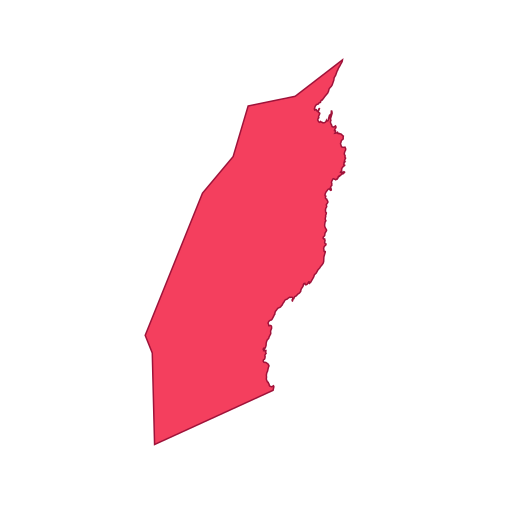 Sveitarfélagið Vogar, Suðurnes, Iceland, rotated 117°
{"feature_id": "244011B53257850023541", "entity_name": "Sveitarfélagið Vogar", "entity_type": "district", "adm_level": 2, "iso_a3": "ISL", "parent_name": "Iceland", "parent_adm1": "Suðurnes", "projection": "natural_earth1", "projection_center": [-22.291, 63.982], "detail": "fine", "context": "isolated", "style": "filled", "palette": "rose", "viewbox_px": 512, "rotation_deg": 117, "n_neighbors": 0, "source": "geoboundaries", "source_scale": "gbopen_adm2", "svg_char_len": 5964}
<svg xmlns="http://www.w3.org/2000/svg" viewBox="0 0 512 512"><g transform="rotate(117 256 256)"><path d="M367.9,179.8L364.5,180.7L364.0,181.0L363.7,181.6L365.1,182.3L365.4,182.6L365.6,184.2L365.7,184.6L365.5,185.1L364.7,185.9L364.3,186.1L363.7,187.2L363.0,187.7L363.1,188.3L363.0,188.7L361.4,190.6L360.8,191.0L359.2,191.6L357.4,192.7L355.1,193.4L353.5,193.4L349.6,194.4L348.1,194.5L347.8,194.7L347.7,195.2L347.4,195.5L347.2,195.5L346.6,196.7L346.6,197.8L346.4,198.6L346.4,198.9L346.6,199.4L346.6,199.8L347.0,200.2L347.1,200.8L346.9,201.0L346.7,201.6L346.3,201.9L345.2,202.2L344.7,202.1L344.1,201.6L343.5,201.6L341.6,202.1L341.1,202.7L340.5,202.9L339.6,203.1L338.1,202.8L337.6,203.6L336.9,204.0L336.0,204.0L335.8,204.2L336.3,204.5L336.0,204.9L336.5,205.2L336.6,205.7L336.8,206.1L335.8,206.2L335.4,206.3L335.4,206.6L335.9,206.7L336.1,206.9L336.1,207.1L335.1,207.4L334.7,207.3L334.3,207.0L334.2,206.4L334.0,206.1L332.9,206.1L330.9,206.5L329.2,207.3L327.7,207.7L325.8,207.9L324.8,207.6L323.6,207.3L322.1,207.6L318.6,207.6L318.1,207.8L316.5,208.8L315.9,209.0L313.2,209.3L311.7,210.2L311.3,210.8L311.3,211.6L311.7,212.1L312.1,212.4L312.3,213.0L311.2,213.7L310.5,214.7L309.7,214.9L308.6,214.9L307.5,214.6L306.4,213.8L306.1,213.3L305.3,213.0L301.9,212.9L299.9,213.0L299.2,212.8L298.6,213.2L297.0,213.5L296.2,213.5L295.0,213.2L294.0,213.1L292.4,212.7L290.8,211.3L289.9,210.9L289.0,210.8L287.7,210.4L286.0,210.5L284.4,210.2L282.7,210.2L281.8,210.0L281.3,209.7L280.5,208.8L278.8,208.1L277.9,207.6L277.4,207.2L277.3,206.6L276.8,206.0L276.4,204.9L276.4,204.7L276.6,204.4L277.4,203.8L277.6,203.6L277.6,203.4L277.0,203.0L274.7,203.1L273.2,202.0L271.1,201.5L269.3,200.5L267.3,200.1L265.8,200.6L264.5,200.7L262.0,200.4L261.3,200.4L259.7,200.9L259.0,200.8L258.6,200.6L258.2,200.0L259.0,199.4L259.1,199.1L259.1,198.5L258.1,197.7L257.5,197.5L255.0,197.2L254.9,196.8L255.1,196.6L256.1,196.4L256.2,196.0L255.3,195.8L255.1,195.7L254.9,195.4L249.3,195.1L248.1,195.1L246.8,195.4L246.1,195.4L243.9,194.6L240.2,194.5L237.7,193.8L236.2,193.7L233.7,193.1L231.8,192.9L230.2,193.2L226.0,195.1L220.9,196.1L220.6,196.3L221.0,197.1L220.6,197.8L220.0,198.0L218.7,199.1L216.9,199.5L215.8,199.3L214.7,198.8L213.6,199.0L213.7,199.4L213.6,200.0L212.8,201.0L210.9,201.5L210.5,202.0L209.7,202.4L209.6,202.6L210.1,203.5L209.7,204.2L209.2,204.5L208.3,204.6L207.2,204.2L206.8,204.1L206.2,204.2L205.3,204.6L204.2,204.9L201.8,204.7L201.0,204.8L200.3,205.5L200.0,206.3L198.7,207.9L198.0,208.5L197.2,208.9L195.6,209.5L194.1,209.9L193.1,209.7L192.9,209.7L191.8,211.0L190.9,211.4L188.9,211.9L188.5,212.3L188.2,212.4L186.4,212.6L185.9,212.8L185.6,212.9L185.5,213.2L185.5,213.6L185.4,213.8L183.5,215.0L181.8,215.5L180.0,215.4L179.6,215.6L178.9,216.3L178.2,216.7L176.4,216.4L175.2,216.4L174.9,216.8L173.9,217.8L173.9,218.1L173.8,218.5L173.2,218.9L173.3,219.4L173.0,220.3L172.2,220.8L171.0,220.9L171.0,221.6L170.8,221.9L170.5,222.1L169.4,222.5L167.9,222.7L166.8,222.6L164.1,222.1L163.5,221.8L162.9,221.2L163.0,220.6L163.4,220.3L163.3,219.9L163.6,219.4L163.3,219.2L163.2,218.9L162.9,218.9L161.8,219.8L162.4,220.3L162.1,220.5L161.7,220.7L160.0,220.9L158.7,220.5L156.8,221.5L156.6,221.9L156.2,222.2L154.7,222.5L152.6,222.4L152.1,222.3L151.8,221.8L152.0,221.3L151.9,220.6L151.8,220.1L152.0,219.7L151.9,219.5L151.3,219.3L150.8,219.0L150.7,218.6L149.7,218.6L149.0,218.3L148.4,218.7L147.6,218.6L146.8,218.2L147.1,217.8L146.9,217.7L146.5,217.7L143.9,216.5L143.4,216.1L143.3,215.8L143.0,215.7L142.1,215.4L141.6,215.1L141.1,215.1L141.0,215.5L142.5,215.9L141.5,216.1L141.5,216.3L142.1,216.4L143.0,216.3L143.2,216.5L143.3,217.0L142.4,217.1L142.9,217.4L142.9,217.5L142.6,218.0L142.5,218.3L143.1,218.6L143.1,218.8L142.8,218.8L141.7,218.5L141.1,218.4L140.2,218.8L139.5,219.3L138.2,219.2L136.6,218.9L135.1,218.1L134.8,218.2L134.8,219.2L134.6,219.4L133.4,219.7L132.3,219.6L132.6,219.9L132.6,220.0L130.6,220.3L130.4,220.6L128.1,220.6L127.9,221.4L126.1,222.2L125.4,223.3L124.5,223.9L122.6,224.3L120.8,224.3L120.1,224.6L119.5,225.0L118.6,226.2L119.1,226.7L119.7,227.9L119.9,228.8L119.7,229.5L119.1,230.3L118.7,230.5L118.2,231.1L117.7,231.6L117.3,231.8L116.1,231.9L114.6,232.3L113.7,232.1L112.4,231.5L112.0,231.5L111.2,232.0L109.5,232.6L109.4,233.4L109.4,233.7L108.9,234.7L108.7,235.9L109.1,236.7L109.0,237.6L109.7,238.3L109.5,238.9L108.8,239.3L108.7,239.5L109.4,239.7L110.1,240.6L110.4,240.8L110.8,241.4L110.1,241.3L108.5,241.8L108.4,242.0L108.6,242.4L108.7,243.0L107.3,243.3L106.7,243.1L105.2,243.1L104.6,243.4L104.1,244.0L104.0,244.3L105.4,244.9L105.9,245.2L105.9,245.8L106.2,246.5L106.2,246.9L104.8,248.3L104.2,249.3L103.2,250.3L102.5,250.7L101.2,250.8L100.0,251.9L94.2,253.0L92.5,254.2L92.6,254.7L92.8,254.7L92.9,254.1L93.5,253.7L94.1,253.8L95.0,254.4L94.1,253.6L94.7,253.4L94.9,253.1L99.2,252.3L99.4,252.3L99.5,252.6L99.4,252.7L98.3,253.2L98.7,254.0L97.3,254.2L96.5,253.9L96.3,254.0L97.3,254.4L102.8,253.3L103.4,254.0L103.6,254.5L103.3,254.8L104.3,254.7L105.4,255.0L106.2,255.6L107.0,256.8L106.8,257.7L107.1,258.3L106.9,258.8L107.0,259.3L106.9,259.7L107.8,259.8L108.1,260.0L108.0,261.0L107.7,261.5L106.8,262.8L105.0,263.1L104.7,262.8L104.2,262.8L103.7,263.4L102.9,263.7L101.1,263.7L101.0,263.8L100.0,263.9L99.7,264.2L99.7,265.6L99.5,265.8L98.3,266.2L95.9,266.4L95.9,266.6L96.1,266.7L98.6,266.6L99.0,266.9L99.1,267.3L99.0,267.8L98.2,268.8L98.4,269.4L98.8,269.4L99.3,269.9L98.7,270.6L98.3,270.8L96.0,271.2L94.5,271.1L93.2,270.6L93.1,270.3L92.8,270.1L92.6,269.7L91.9,269.4L91.3,269.4L90.6,269.1L90.3,268.9L89.9,268.3L88.9,268.6L87.6,268.5L87.3,268.4L87.1,268.1L87.1,267.9L86.9,267.8L82.6,267.1L78.3,266.1L76.2,266.2L74.2,266.7L72.4,266.5L70.9,266.0L69.1,265.8L64.0,266.5L61.7,267.3L58.9,267.1L55.1,267.6L54.3,267.7L53.6,267.6L51.3,267.8L48.4,267.6L46.0,267.6L45.2,267.5L44.3,267.5L43.3,267.6L42.0,268.0L95.9,293.6L125.9,331.1L177.8,321.5L224.3,332.2L377.0,318.7L389.5,304.4L470.0,260.8L367.9,179.8ZM278.8,203.9L279.5,203.3L279.5,203.1L278.7,203.2L277.8,203.8L278.8,203.9Z" fill="#f43f5e" stroke="#9f1239" stroke-width="1.5"/></g></svg>